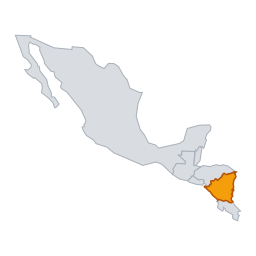 Nicaragua highlighted among its neighbors
{"feature_id": "NIC", "entity_name": "Nicaragua", "entity_type": "country or territory", "adm_level": 0, "iso_a3": "NIC", "parent_name": "North America", "parent_adm1": "", "projection": "albers", "projection_center": [-84.819, 12.872], "detail": "fine", "context": "with_neighbors", "style": "filled", "palette": "amber", "viewbox_px": 256, "rotation_deg": 0, "n_neighbors": 6, "source": "natural_earth", "source_scale": "50m", "svg_char_len": 4835}
<svg xmlns="http://www.w3.org/2000/svg" viewBox="0 0 256 256"><path d="M15.4,35.2L31.0,35.9L30.2,37.1L53.9,47.8L71.9,49.5L72.2,46.7L83.4,47.7L92.4,56.1L95.6,63.7L98.8,66.0L104.1,68.5L108.6,63.3L114.0,63.6L118.5,66.6L123.5,75.7L127.2,79.9L130.0,88.3L139.7,92.5L142.3,92.4L138.0,103.5L136.2,116.3L140.2,129.5L144.5,135.0L148.4,142.8L155.6,145.0L158.4,148.1L179.3,143.5L183.7,140.7L187.3,128.5L199.2,125.2L209.3,124.9L210.9,126.5L210.7,129.9L207.0,134.1L205.3,138.4L206.5,139.7L203.7,148.4L202.0,146.5L199.2,146.7L196.7,151.0L195.5,150.1L194.7,151.5L181.9,151.2L181.8,155.2L178.6,155.2L185.5,161.4L185.3,163.8L176.4,163.6L172.9,169.4L173.8,170.8L172.7,174.5L161.6,164.1L156.0,162.0L142.9,165.4L113.9,152.9L106.8,147.1L96.1,143.6L93.5,140.1L86.4,135.5L83.4,130.7L82.0,127.1L84.4,126.6L83.8,124.5L85.5,122.8L85.8,120.3L81.4,110.3L67.0,92.1L61.5,88.7L60.5,86.8L61.9,82.6L55.1,76.9L54.0,71.9L50.5,71.0L44.3,63.3L44.3,61.1L39.6,50.1L40.0,47.5L35.6,44.3L33.4,44.3L29.9,42.0L28.6,44.7L29.3,53.2L37.4,63.9L38.0,66.4L39.1,66.4L40.0,71.0L46.7,79.6L48.2,86.3L51.4,93.0L51.4,96.7L54.6,97.3L59.1,104.1L55.7,107.7L54.5,107.6L53.2,103.1L49.2,98.6L41.5,92.6L42.3,87.5L41.7,83.6L34.6,77.5L33.6,78.3L28.2,74.2L24.8,69.7L28.0,69.9L30.8,67.6L31.4,64.5L26.9,59.1L23.3,56.7L15.4,35.2Z" fill="#d9dde1" stroke="#a8b0b8" stroke-width="1"/><path d="M240.6,211.1L237.9,211.7L238.0,214.6L239.4,215.7L238.4,216.6L237.7,220.8L233.8,219.2L232.4,217.7L232.9,214.8L225.7,210.8L225.2,208.7L223.3,207.4L223.8,209.5L222.4,211.2L218.5,208.5L217.5,207.0L218.5,202.6L216.5,201.6L219.2,199.2L223.9,201.2L225.5,200.2L227.7,200.8L231.0,202.8L232.7,201.2L234.5,205.1L240.6,211.1Z" fill="#d9dde1" stroke="#a8b0b8" stroke-width="1"/><path d="M236.1,172.0L233.7,171.8L227.0,174.7L223.7,173.5L222.0,176.6L217.6,180.3L215.5,178.9L214.0,180.8L210.9,180.9L211.0,184.4L206.9,186.4L205.7,184.1L203.6,183.5L204.1,180.6L203.2,179.8L198.7,180.1L192.8,175.8L194.3,174.0L194.2,171.2L203.0,165.6L210.0,166.5L216.2,164.7L220.1,165.6L223.3,164.8L227.6,165.9L236.1,172.0Z" fill="#d9dde1" stroke="#a8b0b8" stroke-width="1"/><path d="M192.8,175.8L198.7,180.1L201.7,179.3L204.1,180.6L202.8,185.2L196.2,184.3L189.5,182.3L187.5,180.7L191.5,177.1L191.1,176.3L192.8,175.8Z" fill="#d9dde1" stroke="#a8b0b8" stroke-width="1"/><path d="M172.7,174.5L173.8,170.8L172.9,169.4L176.4,163.6L185.3,163.8L185.5,161.4L178.6,155.2L181.8,155.2L181.9,151.2L194.7,151.5L193.8,165.3L200.8,166.6L194.2,171.2L194.3,174.0L192.8,175.8L191.1,176.3L191.5,177.1L187.5,180.7L179.6,179.1L172.7,174.5Z" fill="#d9dde1" stroke="#a8b0b8" stroke-width="1"/><path d="M193.8,165.3L195.5,150.1L196.7,151.0L199.2,146.7L201.9,147.7L200.0,160.8L195.9,165.3L193.8,165.3Z" fill="#d9dde1" stroke="#a8b0b8" stroke-width="1"/><path d="M236.0,172.0L235.8,172.2L235.6,172.4L235.2,173.3L235.0,172.7L234.7,172.6L234.4,172.9L234.3,173.2L234.5,173.6L234.8,173.6L235.1,173.7L235.9,176.7L235.7,177.2L235.2,178.0L234.8,178.7L234.3,179.2L233.7,181.0L233.2,184.1L233.6,186.8L233.4,189.3L233.6,189.9L233.7,190.6L233.3,190.7L233.1,190.7L232.8,190.3L232.9,189.9L233.1,189.4L233.2,188.8L233.1,188.4L232.9,189.2L232.5,189.5L232.2,189.6L231.9,190.0L232.2,190.7L232.6,191.2L232.7,191.5L232.6,191.9L232.5,193.4L232.4,193.4L232.2,193.2L231.9,193.2L231.8,193.8L231.9,194.1L231.6,194.3L231.4,194.6L231.7,194.8L232.0,194.9L232.3,194.9L232.6,195.6L232.7,196.2L232.0,196.7L231.8,197.2L231.5,197.7L231.2,198.3L231.2,198.6L231.4,199.9L231.9,200.7L232.3,201.3L232.8,201.4L232.7,202.0L232.3,202.3L231.6,202.7L230.8,202.7L229.6,202.4L229.1,202.4L228.9,202.2L228.4,201.5L227.8,201.0L227.4,201.0L226.8,200.9L225.8,200.5L225.3,200.4L224.6,200.8L223.8,201.2L221.9,200.5L220.6,200.0L219.4,199.6L219.0,199.4L218.8,199.5L218.5,199.7L218.3,200.1L218.2,200.2L218.1,200.3L217.9,200.4L217.9,200.2L217.3,199.4L216.4,198.4L212.8,195.5L211.5,193.7L210.8,192.4L210.1,191.8L208.2,190.4L207.8,189.9L205.9,188.0L204.4,187.0L204.4,186.5L205.0,186.0L205.3,186.0L205.6,186.4L206.1,186.9L206.4,186.9L206.8,186.7L208.7,186.4L209.1,186.3L209.4,185.9L209.6,185.5L209.6,185.0L209.7,184.7L210.0,184.4L210.6,184.3L211.0,184.3L211.2,184.1L211.1,183.4L210.8,181.8L210.8,181.3L210.9,181.0L211.0,180.8L211.9,180.8L213.5,180.9L213.9,180.8L214.5,179.9L215.1,179.2L215.6,178.9L215.9,178.8L216.3,179.4L217.7,180.3L217.9,180.2L218.0,180.2L218.1,179.7L218.4,179.3L219.1,179.0L219.9,178.4L220.6,177.6L221.2,177.1L221.7,176.9L221.9,176.7L221.8,176.4L221.9,176.0L222.1,175.4L222.4,175.1L222.8,175.0L222.9,174.8L222.9,174.5L222.9,174.2L223.3,173.7L224.2,173.3L224.7,173.5L225.1,174.0L225.7,174.4L226.4,174.6L227.0,174.5L227.4,174.2L227.8,174.1L228.1,174.2L228.3,174.1L228.3,173.8L228.5,173.8L228.8,173.9L229.1,174.0L229.4,173.9L229.5,173.8L229.5,173.6L230.4,173.6L231.1,173.4L231.9,173.0L232.4,172.8L232.7,172.8L233.0,172.6L233.4,172.1L234.2,171.9L236.0,172.0Z" fill="#f59e0b" stroke="#b45309" stroke-width="1.5"/></svg>